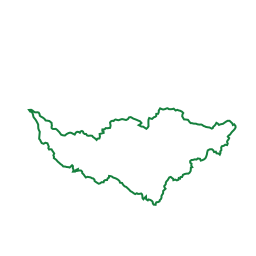 the district of Santa Maria do Suaçuí, Minas Gerais, Brazil, rotated 310°
{"feature_id": "56859067B88094460609616", "entity_name": "Santa Maria do Suaçuí", "entity_type": "district", "adm_level": 2, "iso_a3": "BRA", "parent_name": "Brazil", "parent_adm1": "Minas Gerais", "projection": "mercator", "projection_center": [-42.328, -18.209], "detail": "fine", "context": "isolated", "style": "outline", "palette": "green", "viewbox_px": 256, "rotation_deg": 310, "n_neighbors": 0, "source": "geoboundaries", "source_scale": "gbopen_adm2", "svg_char_len": 4637}
<svg xmlns="http://www.w3.org/2000/svg" viewBox="0 0 256 256"><g transform="rotate(310 128 128)"><path d="M78.2,40.6L77.7,42.6L78.4,43.6L78.1,45.1L77.4,46.3L76.6,47.3L75.7,48.5L75.3,50.1L75.0,51.7L74.5,53.2L73.8,55.0L72.9,57.0L71.5,58.2L70.0,59.6L69.1,61.1L68.4,62.8L66.7,64.0L65.0,65.2L63.7,66.1L62.6,66.9L62.4,68.2L61.7,69.7L61.0,71.6L61.7,73.5L63.6,74.2L64.5,76.1L63.5,78.0L62.8,79.3L61.4,79.9L60.8,81.4L61.8,82.2L62.5,83.2L61.9,84.8L61.4,86.7L61.0,87.9L59.1,88.4L58.4,89.8L57.3,90.5L57.4,91.9L57.5,93.5L57.1,95.7L57.1,97.7L57.0,99.5L57.2,101.3L56.9,103.1L58.1,104.7L58.7,106.1L59.7,107.5L60.2,108.7L61.7,108.9L63.5,109.1L63.4,110.3L61.7,111.6L60.9,113.4L59.2,113.9L60.6,115.5L62.6,115.2L64.2,116.0L62.7,116.8L64.2,118.0L65.2,119.3L65.1,120.9L64.0,122.0L63.9,123.9L63.3,126.0L63.0,127.5L64.5,128.3L65.2,129.5L66.1,131.1L66.4,132.8L67.0,133.8L66.9,135.4L65.9,136.5L66.0,138.0L66.2,139.6L66.5,141.4L67.7,142.2L69.5,142.6L70.7,144.2L72.2,143.6L73.4,144.0L74.7,145.4L76.4,144.8L77.7,145.3L79.1,144.3L80.0,145.7L80.5,147.1L80.5,148.5L81.2,150.1L81.7,151.7L82.0,153.7L81.9,155.6L81.0,157.0L82.1,158.8L81.5,160.3L81.2,161.8L81.2,163.1L81.7,164.5L81.6,166.6L81.5,168.5L81.2,170.5L81.6,172.3L81.7,174.4L82.0,176.0L83.7,176.7L83.9,178.0L85.0,179.2L86.3,180.2L86.2,181.4L85.1,182.8L83.6,184.2L83.3,185.6L84.9,185.6L87.1,185.8L86.0,186.8L85.1,187.8L85.3,189.7L86.4,189.6L87.2,191.2L87.5,193.0L87.2,194.5L86.2,195.5L85.8,196.9L86.9,198.5L88.1,197.7L89.4,197.5L90.6,198.7L92.1,199.3L93.2,198.7L94.6,198.9L96.1,198.5L97.3,197.4L99.0,197.0L100.3,197.0L101.4,196.2L102.4,195.4L103.9,195.6L105.6,195.8L105.9,194.3L106.7,193.1L108.0,193.1L109.3,193.0L110.6,192.0L111.8,191.8L113.7,191.9L115.3,191.6L116.7,191.4L118.0,192.2L118.0,193.8L118.1,195.2L117.2,196.3L118.8,197.3L119.3,199.1L120.7,199.9L122.2,199.1L122.6,200.4L124.2,199.8L125.2,200.9L126.4,200.6L127.5,200.2L129.3,201.1L130.6,202.1L131.9,203.6L133.4,203.9L135.4,203.6L136.9,202.5L138.1,201.6L139.3,202.4L140.0,200.5L141.5,199.6L141.4,198.0L142.6,196.9L144.3,197.2L145.2,198.2L146.9,199.3L147.9,200.8L149.5,201.0L150.7,203.0L149.8,204.7L151.3,205.7L153.1,206.5L154.7,206.7L156.3,206.3L158.5,205.4L160.3,204.3L162.1,203.5L164.2,204.3L165.7,206.0L165.7,207.7L164.9,209.4L166.3,210.5L165.5,212.1L166.7,213.9L166.6,215.4L168.3,214.9L169.4,213.7L170.9,213.8L172.0,212.9L172.8,212.0L174.3,211.6L175.9,212.8L177.7,213.2L178.6,214.9L180.2,214.4L181.0,212.8L182.4,212.3L183.6,212.4L185.3,212.0L185.5,210.0L186.8,209.9L188.5,210.4L190.7,210.2L192.2,210.2L194.1,210.4L196.0,210.4L197.5,210.1L198.6,209.1L199.1,207.0L197.7,206.4L198.6,204.9L198.7,203.0L198.8,201.2L197.6,199.7L196.1,199.1L194.0,198.5L192.3,198.1L191.3,197.3L190.0,196.3L188.8,195.7L189.1,194.0L188.8,192.4L186.7,192.8L185.2,192.8L183.8,192.5L182.5,193.0L181.4,192.6L181.1,191.3L180.8,190.1L179.8,188.6L178.9,187.0L178.6,185.7L178.1,184.5L178.1,183.0L177.7,181.8L176.5,180.5L175.5,178.9L175.0,177.3L173.5,175.4L172.8,173.8L172.0,172.9L172.2,171.1L172.8,168.7L171.7,166.9L170.6,165.4L171.2,163.6L171.8,162.0L173.4,161.0L175.0,160.7L175.2,159.0L174.8,157.0L174.1,155.7L173.6,154.1L172.0,153.2L172.1,151.8L172.2,150.6L170.9,149.7L169.6,148.4L168.7,147.1L168.6,145.7L167.7,144.9L166.4,144.3L164.7,143.0L164.1,141.4L163.7,140.0L162.6,140.2L161.2,140.3L159.9,141.4L158.2,141.9L157.0,140.6L155.3,141.9L154.1,141.7L152.8,140.9L150.4,140.6L149.8,139.3L149.3,137.8L147.7,138.3L146.4,139.2L145.2,140.2L143.7,141.5L142.5,142.6L140.8,142.8L139.2,142.6L139.0,141.0L138.8,138.8L137.7,137.3L137.4,135.7L137.1,134.4L138.9,135.0L140.5,135.1L140.9,132.9L140.3,131.2L139.8,129.4L139.2,127.6L138.6,126.1L138.4,124.5L138.1,123.1L136.8,122.0L134.7,122.2L132.9,121.4L132.2,120.0L131.7,118.9L131.0,117.7L129.7,116.8L127.9,115.8L127.1,114.4L126.6,113.1L125.5,112.5L124.1,112.5L123.4,111.3L122.3,110.7L120.7,110.7L119.7,111.8L118.9,112.9L117.8,113.6L116.6,114.2L115.6,113.3L114.6,112.4L113.6,111.0L111.8,110.9L110.5,109.3L109.3,110.1L109.5,111.6L108.6,112.5L107.0,111.4L105.2,110.1L104.2,111.1L103.3,112.1L101.6,112.8L100.1,111.4L98.7,111.6L98.8,109.9L98.8,108.5L98.6,107.1L99.0,105.6L98.2,104.3L97.4,103.5L96.5,102.6L96.0,101.4L96.5,99.7L95.5,98.6L95.5,97.0L96.3,95.9L96.1,94.6L94.8,93.9L93.4,94.2L93.2,92.7L92.4,91.5L90.9,91.0L88.7,91.4L88.2,89.5L87.9,87.9L87.2,86.6L85.9,85.7L84.0,84.9L81.7,84.5L80.6,82.9L79.9,81.1L80.3,79.5L80.7,78.0L80.8,76.6L81.0,75.1L80.9,73.2L79.7,72.0L78.9,70.9L78.8,69.7L79.7,68.7L80.9,68.2L81.7,67.2L82.8,66.2L82.8,64.9L82.8,63.3L81.9,61.7L80.8,60.0L81.3,58.2L81.2,55.9L80.8,54.1L80.7,52.6L81.8,51.3L82.4,49.7L81.9,48.6L81.0,47.6L80.2,46.7L80.0,45.1L80.0,43.5L79.7,42.1L78.2,40.6Z" fill="none" stroke="#15803d" stroke-width="2"/></g></svg>